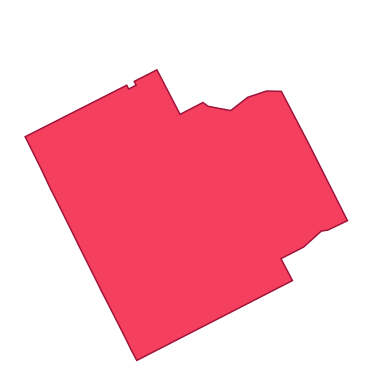 Claiborne, Louisiana, United States of America, rotated 243°
{"feature_id": "52423323B9246238437830", "entity_name": "Claiborne", "entity_type": "district", "adm_level": 2, "iso_a3": "USA", "parent_name": "United States of America", "parent_adm1": "Louisiana", "projection": "robinson", "projection_center": [-92.955, 32.801], "detail": "fine", "context": "isolated", "style": "filled", "palette": "rose", "viewbox_px": 384, "rotation_deg": 243, "n_neighbors": 0, "source": "geoboundaries", "source_scale": "gbopen_adm2", "svg_char_len": 656}
<svg xmlns="http://www.w3.org/2000/svg" viewBox="0 0 384 384"><g transform="rotate(243 192 192)"><path d="M188.6,66.7L148.7,66.4L147.5,66.3L143.5,66.3L134.0,66.4L133.7,66.4L124.8,66.4L108.0,66.4L87.1,66.3L78.2,66.1L67.0,66.3L67.5,241.3L92.2,241.0L92.3,266.6L98.5,289.5L96.4,295.6L95.9,317.5L181.7,317.9L213.0,317.6L241.1,317.3L248.1,304.4L251.1,284.7L247.0,263.5L255.1,252.9L261.2,245.1L266.8,242.4L266.6,216.6L316.8,216.2L316.8,190.7L312.5,190.7L312.5,182.3L316.8,182.3L317.0,68.4L316.9,68.4L312.9,68.4L282.1,68.1L265.4,67.6L258.9,67.4L254.0,67.4L247.5,67.4L209.1,67.0L197.1,66.8L188.6,66.7Z" fill="#f43f5e" stroke="#9f1239" stroke-width="1.5"/></g></svg>